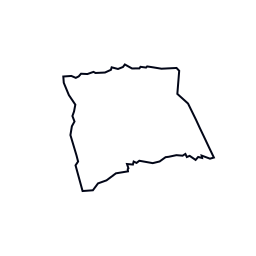 outline of Laurens, South Carolina, United States of America, rotated 134°
{"feature_id": "52423323B54800472139978", "entity_name": "Laurens", "entity_type": "district", "adm_level": 2, "iso_a3": "USA", "parent_name": "United States of America", "parent_adm1": "South Carolina", "projection": "natural_earth1", "projection_center": [-82.015, 34.494], "detail": "fine", "context": "isolated", "style": "outline", "palette": "ink", "viewbox_px": 256, "rotation_deg": 134, "n_neighbors": 0, "source": "geoboundaries", "source_scale": "gbopen_adm2", "svg_char_len": 944}
<svg xmlns="http://www.w3.org/2000/svg" viewBox="0 0 256 256"><g transform="rotate(134 128 128)"><path d="M51.3,130.9L51.1,134.8L62.1,145.1L66.8,151.9L70.4,157.0L72.0,157.0L75.3,161.5L77.2,161.2L82.4,166.5L84.5,174.4L87.6,174.0L92.5,176.2L95.7,181.9L98.0,180.7L104.1,183.1L111.0,189.6L111.6,191.8L117.4,194.7L121.6,199.5L125.1,199.3L128.2,200.4L129.9,204.9L135.9,210.3L140.1,205.6L145.4,193.4L147.8,182.1L153.6,178.3L158.0,176.3L160.5,171.0L165.7,169.6L173.1,164.5L183.5,146.0L186.8,140.6L191.3,139.8L204.9,116.9L197.2,110.0L188.7,111.1L180.6,107.1L169.0,105.2L159.2,97.9L157.8,99.6L156.7,99.7L154.6,103.7L150.9,99.1L148.2,100.6L147.2,97.6L143.7,97.1L136.1,85.8L130.1,82.0L122.9,80.7L120.4,78.7L113.9,74.3L110.0,69.5L106.8,68.7L108.0,65.5L105.2,64.3L104.0,57.2L100.1,57.4L98.1,53.9L96.7,55.9L93.1,47.7L89.6,45.7L85.7,56.2L82.5,64.6L78.1,76.4L74.8,84.9L68.7,101.8L69.2,116.2L51.3,130.9Z" fill="none" stroke="#020617" stroke-width="2"/></g></svg>